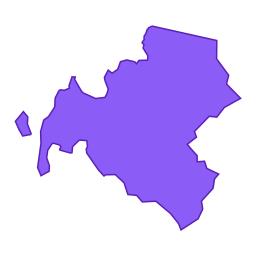 Talbot, United States of America
{"feature_id": "52423323B33050228676147", "entity_name": "Talbot", "entity_type": "district", "adm_level": 2, "iso_a3": "USA", "parent_name": "United States of America", "parent_adm1": "", "projection": "robinson", "projection_center": [-76.178, 38.758], "detail": "fine", "context": "isolated", "style": "filled", "palette": "violet", "viewbox_px": 256, "rotation_deg": 0, "n_neighbors": 0, "source": "geoboundaries", "source_scale": "gbopen_adm2", "svg_char_len": 1458}
<svg xmlns="http://www.w3.org/2000/svg" viewBox="0 0 256 256"><path d="M104.4,77.4L104.6,78.5L105.2,81.3L108.2,89.0L107.1,93.3L105.3,96.7L105.0,97.4L95.5,98.5L94.7,98.1L83.5,93.1L81.5,91.3L74.6,79.3L75.3,77.0L72.0,76.9L69.0,85.8L69.4,88.1L64.4,90.3L60.2,89.8L58.8,90.9L55.2,98.0L54.7,107.0L48.5,116.6L43.7,120.1L40.6,131.6L41.0,143.4L37.6,167.5L41.0,175.7L49.1,171.3L49.4,165.7L46.7,157.9L47.7,150.3L48.4,149.2L51.9,143.8L53.5,143.2L59.5,145.0L61.0,146.8L59.6,149.4L59.9,150.1L70.4,153.0L72.0,152.7L72.6,146.6L79.3,140.1L86.8,140.6L87.5,146.6L86.2,149.2L86.4,150.6L86.7,153.0L98.4,169.9L104.0,176.0L105.6,174.8L115.3,174.6L124.1,182.9L127.9,194.5L136.7,195.4L142.3,201.9L155.8,201.2L170.4,213.4L178.5,223.5L181.0,229.9L198.1,218.8L202.7,209.2L201.5,201.0L213.0,188.4L214.6,178.8L218.7,174.1L206.8,168.4L204.5,161.2L197.2,161.8L197.1,155.6L190.7,148.5L187.3,144.3L196.5,137.1L194.4,131.5L209.2,116.3L216.8,117.1L224.4,107.4L234.5,101.7L240.6,98.4L226.5,84.0L228.7,75.3L216.6,58.8L216.8,40.5L152.2,26.1L148.5,27.9L148.3,28.7L147.4,29.2L146.6,31.1L146.3,32.4L145.4,34.3L144.2,35.9L144.0,38.0L144.3,39.3L143.5,40.5L142.5,41.6L142.1,43.0L143.9,44.5L143.1,48.1L147.9,55.9L147.5,60.2L139.0,60.4L136.5,63.7L134.7,61.8L126.7,59.9L120.5,61.7L117.7,69.3L112.1,73.2L108.2,70.1L104.4,77.4ZM15.4,121.3L18.6,128.7L18.6,128.8L22.7,136.0L30.8,134.5L31.1,133.5L27.4,124.1L27.7,118.2L27.8,116.9L23.4,111.6L15.4,121.3Z" fill="#8b5cf6" stroke="#5b21b6" stroke-width="1.5"/></svg>